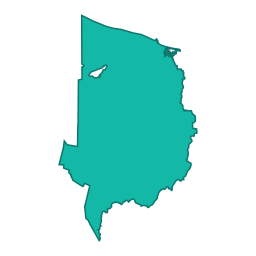 the district of Whakatane District, Bay of Plenty, New Zealand
{"feature_id": "76426892B18513134445034", "entity_name": "Whakatane District", "entity_type": "district", "adm_level": 2, "iso_a3": "NZL", "parent_name": "New Zealand", "parent_adm1": "Bay of Plenty", "projection": "robinson", "projection_center": [176.996, -38.343], "detail": "fine", "context": "isolated", "style": "filled", "palette": "teal", "viewbox_px": 256, "rotation_deg": 0, "n_neighbors": 0, "source": "geoboundaries", "source_scale": "gbopen_adm2", "svg_char_len": 5756}
<svg xmlns="http://www.w3.org/2000/svg" viewBox="0 0 256 256"><path d="M99.2,240.6L99.6,240.2L100.3,238.3L99.6,236.7L100.3,234.3L99.9,233.6L98.8,233.1L98.9,230.8L98.1,229.7L99.1,229.6L99.6,229.1L99.9,228.5L99.6,227.1L100.0,226.5L101.0,226.0L100.4,225.5L100.2,224.8L100.7,223.6L100.8,222.3L101.3,221.6L101.4,219.3L100.8,218.6L101.6,217.0L101.4,215.6L101.5,215.1L102.1,214.3L101.9,213.7L102.1,212.5L102.7,211.8L104.4,211.2L105.7,212.6L107.3,212.5L107.6,211.8L107.3,210.6L107.6,209.8L107.5,209.0L108.2,208.5L109.0,208.8L110.2,208.3L111.7,206.5L111.3,205.5L111.6,205.0L111.6,204.1L112.8,203.0L113.6,202.9L115.0,202.2L116.6,202.5L117.5,202.1L118.2,202.4L119.3,203.4L120.4,203.5L121.1,204.4L121.6,204.5L123.5,202.0L124.8,201.6L125.8,200.4L127.8,200.4L128.3,201.9L128.6,202.0L131.4,199.4L133.2,199.0L134.4,199.8L135.5,202.6L138.1,204.0L140.0,204.4L140.9,206.0L141.5,206.1L143.4,205.3L145.4,205.8L146.8,205.7L147.2,206.0L147.4,207.2L148.0,207.5L148.5,207.4L151.1,205.1L152.1,205.0L154.2,202.2L154.8,201.1L156.7,199.2L157.4,197.8L157.6,195.4L158.2,194.5L158.5,193.1L160.0,190.8L161.2,190.3L162.0,189.0L162.9,188.9L164.0,189.3L164.6,189.3L165.5,188.7L166.6,187.1L167.7,186.8L168.1,187.0L168.4,188.1L169.2,189.0L170.4,188.5L170.9,188.6L171.2,189.0L171.1,190.2L171.7,190.5L172.0,189.8L172.3,186.7L172.8,185.4L174.6,183.0L175.4,181.2L177.2,180.0L178.6,179.4L179.0,179.5L179.9,180.8L180.9,181.0L182.4,179.6L183.8,179.6L183.8,179.2L183.3,178.5L183.7,177.4L185.6,175.9L187.8,170.6L189.5,169.1L189.8,168.3L190.3,167.8L190.5,166.7L191.0,165.6L191.0,163.8L190.9,163.2L188.8,162.2L187.8,161.2L186.9,161.1L186.4,159.8L186.7,159.4L187.3,159.1L187.5,157.0L188.1,155.7L188.2,151.8L187.7,150.8L187.6,149.5L188.9,146.7L188.7,145.9L188.8,145.0L189.5,143.6L191.6,141.9L192.0,140.8L191.6,139.8L190.7,138.6L190.5,137.4L191.1,136.4L192.2,135.8L193.5,136.3L194.2,135.9L194.3,133.8L194.7,133.5L196.8,133.1L196.9,131.8L196.8,131.0L196.4,130.0L196.7,129.0L194.2,128.4L193.2,128.6L192.5,127.8L192.7,125.6L192.4,123.1L192.7,122.8L194.0,122.6L194.4,122.0L195.4,121.1L195.2,119.9L195.4,119.2L195.4,118.1L195.1,117.3L195.3,116.4L195.0,115.8L192.5,113.8L192.0,112.9L191.7,111.6L191.1,110.7L190.0,110.9L188.0,110.6L187.3,110.7L185.9,110.0L185.7,110.1L185.8,110.4L185.0,111.0L183.9,110.5L183.9,109.8L183.1,108.4L182.6,106.7L182.9,106.0L182.8,105.4L182.1,104.7L181.3,103.3L180.2,103.1L179.9,102.5L181.1,101.5L180.9,100.0L181.3,99.1L180.9,98.7L181.3,97.7L181.7,97.5L181.9,96.3L181.8,95.5L181.3,95.1L181.4,94.8L180.8,94.3L181.5,93.2L181.5,92.4L182.0,92.0L182.0,89.3L183.3,87.8L183.1,87.3L183.4,86.8L183.3,86.1L182.6,85.2L182.5,84.3L182.0,84.0L182.3,81.6L182.8,81.0L182.8,80.5L182.4,79.0L184.5,79.0L184.5,78.6L184.9,78.3L184.8,77.6L183.5,76.3L183.5,75.7L183.7,75.1L183.4,74.4L183.7,73.9L183.5,72.9L183.7,72.6L183.2,71.1L182.8,70.5L181.4,70.6L181.1,70.0L181.2,69.1L178.6,69.1L178.6,69.5L177.6,69.4L177.6,68.8L176.9,67.9L177.3,66.8L177.1,65.7L176.3,65.4L175.8,65.6L175.5,65.5L175.0,64.4L174.9,63.4L174.5,63.2L174.5,62.6L174.1,62.0L173.9,61.3L173.0,60.2L173.0,59.8L173.4,59.6L173.4,59.3L172.1,58.2L172.6,57.4L172.6,56.0L173.1,55.7L173.1,55.4L173.6,55.6L174.1,55.1L173.4,53.1L172.5,53.2L172.2,53.1L172.2,52.7L172.0,53.0L172.0,53.3L172.0,53.1L172.1,53.5L171.4,53.4L170.9,52.8L170.5,53.2L170.6,54.3L171.1,54.7L171.2,55.1L171.1,55.7L171.3,55.9L171.1,56.6L170.8,56.1L170.8,55.5L170.4,55.2L169.7,55.8L169.6,56.4L168.8,56.3L168.9,55.8L169.5,55.2L169.8,54.6L169.6,54.1L169.2,54.5L168.8,54.4L169.2,54.2L169.8,53.3L169.8,52.1L169.5,52.4L168.7,52.3L168.3,52.6L168.3,53.2L167.8,52.5L167.4,52.8L167.1,52.4L166.1,52.0L166.1,52.4L165.9,52.5L165.9,53.6L166.3,54.2L166.5,54.2L166.8,55.0L165.9,54.6L165.8,55.3L165.3,55.3L165.1,55.7L165.1,55.8L165.3,55.9L165.3,56.0L165.1,55.9L165.1,55.7L165.2,55.4L165.0,55.1L164.7,55.5L164.9,53.4L164.0,53.0L164.3,52.4L163.9,52.1L163.9,51.7L164.2,51.4L165.0,51.4L165.3,50.8L165.5,50.0L165.1,49.4L165.5,48.6L165.8,48.6L166.1,48.2L166.3,48.7L166.9,48.6L167.1,47.8L167.2,48.3L168.0,48.7L168.3,48.2L168.8,48.1L169.4,48.3L169.8,48.9L170.7,48.7L172.0,48.7L174.2,49.4L175.2,50.1L180.1,51.1L180.3,50.4L180.0,49.7L178.9,49.2L173.2,48.4L164.4,46.3L164.2,46.4L163.4,45.9L160.7,44.9L157.9,43.2L157.8,42.9L158.3,42.4L158.1,42.2L158.1,42.4L157.7,42.4L157.1,41.9L157.2,41.2L157.5,41.1L157.6,40.9L157.4,40.9L157.1,40.4L157.2,40.0L156.9,39.8L156.9,39.4L156.6,39.5L156.7,39.2L156.5,39.6L156.4,39.1L156.1,39.1L155.6,40.5L153.9,40.2L141.3,34.5L132.4,32.8L121.5,29.5L112.8,28.2L105.9,26.3L92.5,20.8L81.7,15.4L81.9,64.1L83.1,64.8L84.0,65.6L82.7,66.8L82.7,67.3L82.3,66.9L81.9,67.1L82.0,79.2L78.4,80.1L78.1,123.6L77.9,125.0L77.5,146.5L67.2,144.8L64.3,141.0L63.4,147.7L59.1,164.7L63.8,164.9L63.7,167.6L63.9,168.3L69.4,170.2L68.7,172.2L70.0,174.0L71.2,174.4L70.8,175.7L71.7,177.1L71.5,177.4L73.0,179.6L72.8,180.2L82.5,186.4L82.7,186.1L83.6,186.0L83.7,185.0L84.6,183.9L84.7,183.3L89.8,185.7L84.7,206.7L85.9,218.3L88.2,220.3L90.2,224.6L99.2,240.6ZM103.9,65.6L106.5,65.1L107.1,66.2L105.1,69.7L103.3,69.9L101.6,73.2L100.9,73.6L100.5,74.8L100.0,74.8L100.3,75.2L100.1,75.4L100.3,75.7L99.6,75.9L99.8,76.1L99.7,76.8L99.2,76.6L98.9,76.8L98.9,77.1L98.5,77.1L98.6,77.3L97.8,77.3L96.9,77.8L95.0,77.9L95.0,77.6L93.5,77.2L92.5,76.2L89.3,76.1L88.8,75.0L90.9,72.1L102.3,67.7L103.3,66.4L104.4,66.0L104.5,65.7L104.0,65.8L103.9,65.6ZM176.1,51.7L175.9,51.7L175.5,51.9L175.6,52.3L175.5,52.0L175.3,52.0L175.5,52.2L175.3,52.4L174.9,52.2L175.1,52.1L174.3,52.0L174.9,52.5L174.7,53.3L174.1,53.6L174.2,54.3L174.5,54.3L174.8,54.0L175.2,52.9L175.5,53.9L176.3,53.5L176.3,52.0L176.2,51.8L176.0,52.0L175.9,51.8L176.1,51.7ZM166.6,49.2L166.1,49.4L166.0,49.7L166.2,49.9L166.2,49.7L166.6,49.7L167.0,50.5L167.6,50.2L167.8,50.8L168.5,50.5L168.7,51.2L169.0,50.9L168.9,50.5L168.0,49.8L166.6,49.2Z" fill="#14b8a6" stroke="#0f766e" stroke-width="1.5"/></svg>